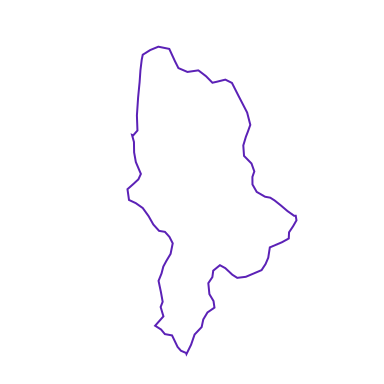 Vimmerby, Kalmar, Sweden (Natural Earth projection), rotated 67°
{"feature_id": "70781695B52045533675939", "entity_name": "Vimmerby", "entity_type": "district", "adm_level": 2, "iso_a3": "SWE", "parent_name": "Sweden", "parent_adm1": "Kalmar", "projection": "natural_earth1", "projection_center": [15.936, 57.699], "detail": "fine", "context": "isolated", "style": "outline", "palette": "violet", "viewbox_px": 384, "rotation_deg": 67, "n_neighbors": 0, "source": "geoboundaries", "source_scale": "gbopen_adm2", "svg_char_len": 1361}
<svg xmlns="http://www.w3.org/2000/svg" viewBox="0 0 384 384"><g transform="rotate(67 192 192)"><path d="M339.0,260.4L332.2,252.5L324.2,245.3L320.1,235.9L313.7,231.4L308.9,224.8L307.2,216.5L300.8,214.8L292.8,215.9L282.3,212.6L278.3,206.5L272.7,203.2L270.3,194.9L275.1,191.1L283.9,187.2L288.7,183.9L291.1,175.6L291.1,158.5L287.1,152.5L282.3,147.5L273.4,142.0L273.4,128.8L272.6,121.1L267.0,118.4L263.0,112.3L258.9,106.9L254.4,105.8L253.8,107.3L246.8,111.6L239.0,115.5L232.0,119.3L227.8,122.2L224.9,126.6L217.2,132.4L208.7,133.4L201.7,130.5L197.4,126.6L189.0,126.1L179.1,130.0L169.2,126.6L162.2,120.8L158.7,117.4L153.0,112.1L140.4,110.2L122.0,111.6L107.2,112.6L101.6,117.4L100.2,126.1L99.4,130.5L91.0,133.8L83.4,138.1L82.5,138.7L79.7,149.3L72.6,156.1L64.8,156.6L51.4,157.0L45.1,166.2L45.0,174.9L45.0,175.0L46.4,183.7L50.6,186.6L59.8,191.9L70.4,197.3L83.8,204.6L100.0,212.8L114.1,218.2L116.9,224.0L116.0,224.9L123.3,225.9L132.9,229.8L142.5,232.0L155.4,232.0L159.4,236.4L161.8,243.1L164.2,250.3L174.7,253.1L180.3,248.1L187.5,243.6L197.2,241.4L206.8,240.3L214.9,237.5L218.1,232.5L224.5,230.3L231.7,229.8L240.6,235.9L245.4,242.5L249.4,247.5L255.1,251.9L260.7,257.5L271.9,259.7L281.6,261.9L285.6,265.8L295.3,266.9L300.7,278.2L306.5,274.2L312.2,272.5L316.2,266.4L329.0,265.8L333.8,264.2L337.9,260.3L339.0,260.4Z" fill="none" stroke="#5b21b6" stroke-width="2"/></g></svg>